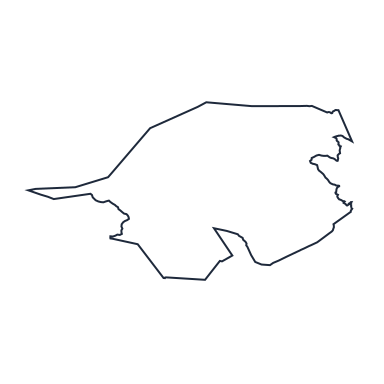 San Juan Mixtepec -Dto. 08 -, Oaxaca, Mexico, rotated 266°
{"feature_id": "50627088B120983506636", "entity_name": "San Juan Mixtepec -Dto. 08 -", "entity_type": "district", "adm_level": 2, "iso_a3": "MEX", "parent_name": "Mexico", "parent_adm1": "Oaxaca", "projection": "equal_earth", "projection_center": [-97.864, 17.366], "detail": "fine", "context": "isolated", "style": "outline", "palette": "slate", "viewbox_px": 384, "rotation_deg": 266, "n_neighbors": 0, "source": "geoboundaries", "source_scale": "gbopen_adm2", "svg_char_len": 3898}
<svg xmlns="http://www.w3.org/2000/svg" viewBox="0 0 384 384"><g transform="rotate(266 192 192)"><path d="M231.3,355.2L263.4,343.8L263.4,343.2L263.6,342.2L263.8,341.0L263.4,340.1L263.0,339.6L262.7,338.5L261.7,337.6L261.0,337.4L260.8,336.8L261.0,336.2L261.6,335.6L262.0,334.9L262.2,334.0L262.2,333.3L261.9,332.4L263.8,328.7L269.5,317.6L269.4,315.2L269.9,312.7L270.2,305.8L272.6,270.3L273.5,257.5L280.5,212.5L276.5,203.6L258.6,154.7L249.4,145.6L216.9,113.6L212.6,109.3L204.9,75.9L206.0,36.2L205.1,28.8L199.9,41.0L197.3,47.9L194.6,53.6L197.3,90.6L196.0,92.0L193.6,92.6L191.9,94.1L190.5,95.3L189.1,97.9L188.3,100.4L187.9,102.9L188.6,105.4L189.0,107.3L189.2,108.5L187.7,109.9L185.9,112.1L184.5,114.2L183.1,115.5L182.0,117.1L180.0,117.5L178.7,119.1L176.9,120.9L175.2,122.7L174.5,125.1L173.0,126.3L171.4,127.0L169.6,127.2L168.5,125.4L167.7,123.0L166.6,121.2L164.7,119.6L162.5,119.2L160.3,120.0L158.7,118.9L157.1,118.8L156.1,118.9L155.1,119.1L154.2,117.0L154.7,114.5L153.8,112.6L153.1,110.0L153.5,107.5L151.8,107.3L151.5,107.4L151.6,107.7L151.2,108.1L151.1,108.5L151.1,108.9L151.0,109.2L143.7,134.2L108.2,157.6L108.0,159.0L108.6,159.3L108.6,160.2L108.5,161.3L103.5,198.9L103.6,199.0L110.4,205.1L121.3,215.0L120.7,217.1L125.8,227.8L154.3,211.4L151.8,220.3L150.7,224.1L146.9,234.1L146.6,234.8L145.0,235.8L143.9,237.5L142.7,239.3L140.8,239.7L138.6,241.9L136.8,242.8L135.0,242.4L133.5,243.4L128.7,245.2L124.9,246.6L117.8,250.2L114.8,256.3L113.6,264.7L115.6,268.0L117.5,273.6L120.8,281.7L125.1,292.7L126.2,295.6L126.6,296.4L127.9,300.0L130.0,305.2L130.5,306.7L133.1,313.4L137.3,320.0L141.5,326.5L142.2,327.7L142.9,328.7L143.0,328.9L144.1,329.9L145.2,330.3L147.0,331.1L148.9,331.1L150.0,330.9L160.1,347.3L161.1,349.0L161.5,349.0L162.1,349.1L162.7,349.4L163.4,350.1L164.1,350.6L164.4,350.1L165.3,349.9L165.9,349.9L166.5,349.7L167.3,349.8L167.6,349.8L167.8,349.9L168.1,349.6L168.3,349.5L168.4,349.4L168.6,349.5L168.8,349.5L169.0,349.5L169.3,349.6L169.5,349.7L169.6,349.8L169.8,350.0L170.1,350.2L170.2,350.3L170.4,350.3L170.3,350.1L170.3,349.9L170.5,349.7L170.7,349.8L170.8,349.9L170.8,349.7L170.7,349.6L170.4,349.4L170.1,349.2L169.9,348.9L169.7,348.1L169.4,347.6L169.1,347.7L168.8,347.7L168.5,347.2L168.1,346.6L167.8,346.1L167.7,345.7L168.3,345.0L169.0,344.6L169.8,343.7L170.3,342.8L170.6,342.4L171.2,342.7L171.6,343.2L171.9,343.6L172.3,343.0L172.3,341.9L173.2,340.8L173.7,340.0L174.1,339.1L174.4,338.3L175.6,337.4L177.2,336.6L178.1,336.8L179.0,337.4L179.6,336.5L179.9,335.7L180.6,335.2L181.1,335.1L181.5,335.1L181.8,335.8L183.4,336.1L184.6,336.3L185.9,336.9L186.5,337.6L187.1,338.2L187.3,338.8L187.4,339.2L187.9,339.2L188.1,338.7L188.2,337.6L188.4,336.5L188.6,335.9L189.0,335.5L189.4,334.8L189.6,333.7L189.9,332.8L190.4,332.0L190.9,331.1L191.1,330.7L192.6,329.5L194.2,328.7L195.4,327.8L196.3,327.0L197.0,326.2L198.0,325.7L199.0,325.2L199.5,324.9L200.1,324.6L200.8,324.1L201.4,323.5L203.0,321.9L204.6,320.1L206.1,319.3L208.3,319.0L210.1,318.7L211.2,316.4L211.8,314.2L212.3,313.5L212.8,312.5L214.7,311.9L215.8,313.5L217.6,313.8L218.3,315.8L219.7,318.7L220.2,321.3L219.3,323.7L218.8,326.2L218.7,328.4L218.8,328.7L218.8,329.6L218.1,330.4L217.7,330.9L216.9,331.9L216.4,332.9L216.1,333.7L215.8,335.0L215.0,336.5L214.1,337.4L213.3,338.2L212.9,339.0L213.1,339.6L213.5,339.6L214.3,339.9L215.4,340.2L216.8,339.8L217.6,339.9L218.4,339.8L219.1,340.5L220.0,341.6L220.3,342.4L221.7,342.3L223.1,342.2L223.9,342.4L224.5,342.6L225.1,342.9L226.0,342.9L226.5,343.0L226.7,343.4L227.1,343.6L227.4,342.7L227.7,342.3L228.3,342.3L228.8,341.6L229.4,341.3L230.3,341.6L231.3,341.7L232.2,341.0L232.6,340.4L233.4,339.9L234.2,340.0L235.1,339.9L235.7,339.4L236.5,338.1L236.8,337.5L237.1,338.3L237.5,339.9L237.7,340.9L237.7,341.4L238.0,342.1L237.9,343.1L238.0,344.1L237.8,345.0L237.4,346.0L236.6,346.9L236.2,347.1L235.4,348.2L234.9,349.1L234.4,349.7L234.0,350.7L233.8,351.4L231.3,355.2Z" fill="none" stroke="#1e293b" stroke-width="2"/></g></svg>